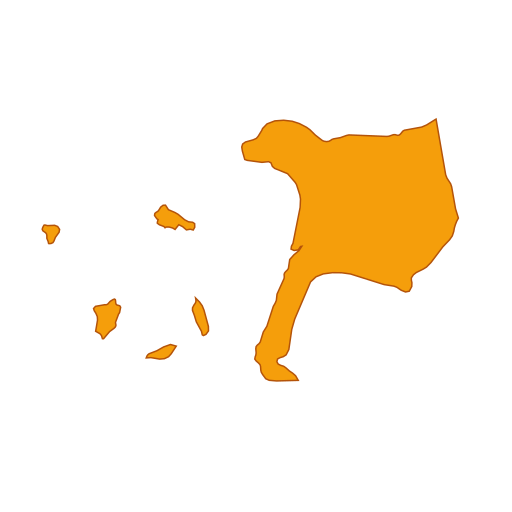 outline of Cagayan, rotated 260°
{"feature_id": "PHL-2545", "entity_name": "Cagayan", "entity_type": "Province", "adm_level": 1, "iso_a3": "PHL", "parent_name": "Philippines", "parent_adm1": "", "projection": "orthographic", "projection_center": [121.637, 18.548], "detail": "fine", "context": "isolated", "style": "filled", "palette": "amber", "viewbox_px": 512, "rotation_deg": 260, "n_neighbors": 0, "source": "natural_earth", "source_scale": "10m", "svg_char_len": 3463}
<svg xmlns="http://www.w3.org/2000/svg" viewBox="0 0 512 512"><g transform="rotate(260 256 256)"><path d="M133.6,244.2L138.0,242.0L140.7,241.0L142.6,240.9L146.5,241.3L148.3,241.1L150.3,239.8L152.5,238.0L154.7,236.9L156.9,237.7L158.4,238.6L160.5,239.3L164.7,239.7L166.8,240.4L168.1,241.9L169.1,243.7L170.5,245.2L179.9,250.0L184.9,254.5L203.4,264.3L206.1,266.6L208.7,268.3L214.8,270.1L228.9,279.7L230.4,280.2L233.0,280.5L234.2,281.1L235.4,282.4L236.6,284.2L238.0,285.7L246.7,288.6L250.7,293.7L253.8,299.2L257.6,302.8L257.6,301.5L254.7,298.7L254.8,294.5L256.7,291.7L259.5,292.6L262.0,294.6L296.2,307.9L304.3,309.7L308.4,309.8L319.3,308.3L321.6,307.4L331.6,301.4L339.0,289.6L341.4,287.7L345.2,286.9L346.7,284.8L347.2,278.1L351.7,264.0L353.0,261.7L361.8,260.8L365.8,260.9L368.6,262.3L370.1,265.4L370.9,273.4L371.8,276.8L373.5,278.9L378.7,283.5L380.4,284.6L384.2,289.8L385.8,298.0L384.9,306.8L382.4,315.1L378.9,321.7L374.0,328.1L371.0,331.0L364.8,335.4L358.4,341.2L357.3,342.7L356.4,345.3L356.3,347.8L356.9,349.5L357.6,351.0L357.9,352.8L357.9,359.6L359.0,366.1L359.1,368.5L351.0,405.7L350.9,407.8L351.6,412.3L351.4,414.0L350.2,416.5L350.2,417.9L351.0,419.4L353.5,422.3L354.1,424.0L354.2,441.5L355.4,446.7L359.6,457.1L303.0,456.9L299.5,457.6L293.4,460.2L290.2,460.7L267.8,460.7L258.2,461.9L255.4,459.7L252.3,457.8L249.1,456.2L245.8,455.0L241.7,452.8L238.4,449.5L232.6,441.6L219.3,427.3L215.5,422.0L214.1,418.5L211.9,411.0L210.2,407.8L207.5,405.2L205.2,404.8L202.6,404.9L198.9,404.1L194.7,400.8L194.6,397.0L197.1,393.0L200.8,389.2L202.4,386.5L205.6,377.2L221.9,345.9L224.6,337.5L226.3,328.4L226.7,319.2L225.1,311.5L221.0,305.2L187.2,283.2L177.6,278.5L158.2,272.1L153.4,268.5L152.1,265.3L151.7,262.0L150.9,259.4L148.3,258.2L145.7,259.1L144.0,261.4L142.6,264.1L140.7,266.0L137.0,268.9L134.3,271.7L131.2,274.2L126.2,276.0L129.4,254.5L131.3,247.4L133.5,244.2L133.6,244.2ZM234.3,101.5L236.5,104.3L236.9,105.0L237.1,105.6L237.5,106.5L237.9,107.6L238.2,109.1L237.5,109.9L236.0,109.9L234.2,109.7L232.9,109.8L231.7,110.8L231.2,112.1L230.6,113.2L229.0,113.8L223.9,111.8L222.7,110.6L215.4,106.3L214.5,106.0L213.1,106.1L211.6,105.9L210.3,104.9L209.3,103.4L207.0,98.7L201.0,91.5L201.2,90.4L204.4,90.0L206.5,88.9L209.7,85.0L220.4,88.8L223.9,89.2L227.3,88.4L230.2,87.2L232.5,86.9L234.3,89.2L234.3,98.7L234.1,99.4L234.0,100.1L234.3,101.5ZM318.4,168.6L320.7,170.6L322.1,173.3L321.8,175.7L316.8,177.8L313.0,183.6L310.6,186.5L304.1,192.0L301.4,195.5L300.2,199.5L298.5,201.2L295.0,200.7L292.5,198.7L293.8,195.9L293.8,192.0L297.7,188.8L300.2,185.4L296.2,180.9L298.1,178.7L299.6,175.5L300.1,172.6L299.6,171.3L301.0,170.5L303.5,166.3L305.4,164.5L306.4,164.7L307.8,165.4L308.9,165.9L309.4,165.2L309.9,164.8L312.8,163.4L313.7,163.1L315.5,163.8L316.4,165.4L317.1,167.2L318.4,168.6ZM208.2,185.0L213.5,184.0L216.0,184.5L218.6,186.5L219.9,187.9L221.3,188.8L223.0,189.2L225.1,189.2L220.5,192.4L216.3,194.4L211.6,195.4L194.9,196.9L190.5,196.2L187.5,193.1L186.8,190.4L187.7,189.4L191.4,189.2L201.5,185.8L208.2,185.0ZM174.7,130.2L176.4,131.2L177.5,132.3L178.3,133.7L179.9,141.9L182.5,149.3L183.7,156.4L181.1,161.8L174.4,155.5L172.0,152.4L170.8,148.0L171.2,143.2L174.2,134.8L174.7,130.2ZM319.3,50.1L320.4,50.5L321.9,51.5L323.2,52.6L323.2,53.5L322.1,56.0L321.2,63.0L319.5,65.8L316.3,67.2L313.6,66.2L309.2,61.7L305.8,59.6L304.4,58.3L303.9,56.3L304.1,54.2L304.8,53.8L306.0,53.9L309.7,53.1L312.6,53.6L314.2,53.5L315.5,52.8L317.8,50.5L319.3,50.1Z" fill="#f59e0b" stroke="#b45309" stroke-width="1.5"/></g></svg>